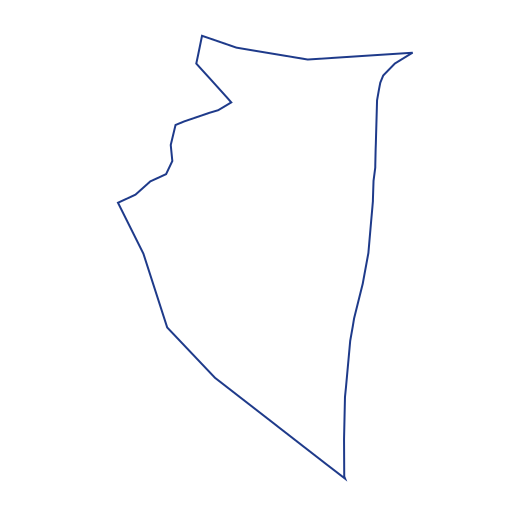 Beliel, Southern Darfur, Sudan, rotated 4°
{"feature_id": "16777658B54519575625723", "entity_name": "Beliel", "entity_type": "district", "adm_level": 2, "iso_a3": "SDN", "parent_name": "Sudan", "parent_adm1": "Southern Darfur", "projection": "robinson", "projection_center": [25.18, 11.91], "detail": "fine", "context": "isolated", "style": "outline", "palette": "blue", "viewbox_px": 512, "rotation_deg": 4, "n_neighbors": 0, "source": "geoboundaries", "source_scale": "gbopen_adm2", "svg_char_len": 889}
<svg xmlns="http://www.w3.org/2000/svg" viewBox="0 0 512 512"><g transform="rotate(4 256 256)"><path d="M360.4,471.9L359.4,469.8L356.6,432.5L354.6,390.4L354.9,381.0L355.9,334.0L357.4,319.9L357.7,316.7L358.2,311.4L363.1,283.6L364.4,276.3L365.3,268.2L367.9,245.2L368.4,215.3L368.7,199.4L368.8,193.0L368.7,191.9L368.0,172.8L368.8,159.6L368.6,156.0L367.9,141.1L367.7,135.3L367.6,133.1L365.9,92.2L367.1,80.9L367.9,74.4L370.3,67.1L371.2,66.0L381.1,54.3L396.5,43.3L397.4,42.7L397.3,42.4L352.9,48.4L293.9,56.4L259.3,53.1L239.3,51.2L221.9,49.5L186.8,40.1L184.1,60.4L183.0,68.2L188.6,73.6L197.1,81.7L217.2,101.1L220.6,104.5L208.1,113.2L199.3,116.5L175.1,126.7L166.6,130.9L163.2,151.2L165.9,167.1L160.6,180.6L145.4,188.9L131.5,203.2L114.6,212.5L143.5,261.5L172.4,333.5L223.6,380.4L288.6,423.9L289.9,424.8L316.0,442.3L340.5,458.7L360.4,471.9Z" fill="none" stroke="#1e3a8a" stroke-width="2"/></g></svg>